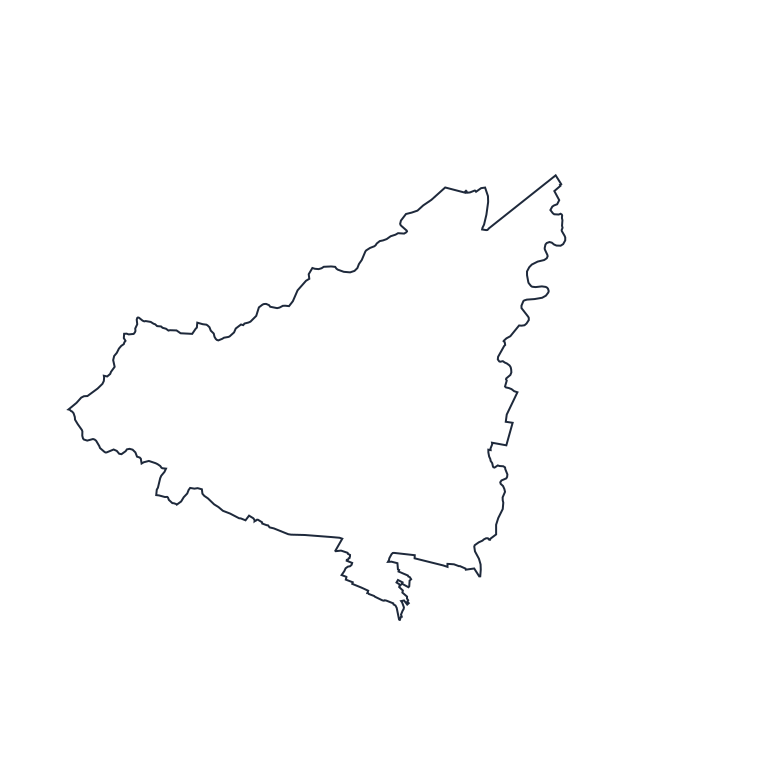 Dragutesti, Gorj, Romania (Equal Earth projection), rotated 140°
{"feature_id": "2599482B69401383147703", "entity_name": "Dragutesti", "entity_type": "district", "adm_level": 2, "iso_a3": "ROU", "parent_name": "Romania", "parent_adm1": "Gorj", "projection": "equal_earth", "projection_center": [23.244, 44.958], "detail": "fine", "context": "isolated", "style": "outline", "palette": "slate", "viewbox_px": 768, "rotation_deg": 140, "n_neighbors": 0, "source": "geoboundaries", "source_scale": "gbopen_adm2", "svg_char_len": 6142}
<svg xmlns="http://www.w3.org/2000/svg" viewBox="0 0 768 768"><g transform="rotate(140 384 384)"><path d="M642.1,567.3L641.3,566.2L641.1,564.4L640.6,563.3L640.6,561.1L642.1,557.4L643.6,555.3L644.4,550.2L645.0,543.0L645.5,541.6L648.4,538.3L649.6,535.7L649.6,534.4L647.7,531.4L642.3,528.9L641.4,527.5L641.0,525.6L642.0,519.5L642.7,517.5L641.8,511.8L641.4,510.6L640.5,509.9L633.2,507.6L631.7,504.5L631.7,500.8L630.2,499.0L625.1,498.6L623.0,499.2L620.6,497.9L618.8,495.3L618.4,491.4L619.9,487.1L618.4,484.7L618.3,483.1L620.8,478.9L618.4,478.5L613.6,476.2L609.9,470.2L609.0,468.2L608.1,465.0L608.3,463.0L608.0,462.0L605.4,459.3L608.6,457.8L613.6,456.9L616.0,455.7L623.8,449.9L626.0,449.1L629.9,445.3L628.0,443.3L624.5,438.3L622.6,436.8L622.5,435.8L623.3,433.5L622.7,428.8L621.6,427.7L620.3,425.5L620.3,424.8L614.9,424.4L610.2,426.0L605.1,426.6L601.8,428.4L599.3,429.0L596.5,425.7L593.7,424.0L591.2,420.4L593.6,416.7L593.6,413.9L592.4,409.5L591.5,401.0L589.9,396.1L588.9,390.4L585.2,383.7L581.3,374.3L580.1,373.1L577.7,368.6L572.0,369.9L570.4,365.1L570.6,363.0L571.4,362.1L570.7,362.1L570.3,361.7L568.5,361.7L567.8,361.0L566.3,356.4L567.0,355.4L564.6,351.2L563.7,350.3L563.8,347.7L561.2,344.2L553.9,330.5L552.0,328.3L541.8,319.3L522.5,300.4L516.9,294.8L515.4,292.3L528.5,287.5L528.5,287.0L524.0,284.0L520.4,278.1L520.8,277.1L519.9,274.9L521.0,273.7L522.4,272.8L523.1,273.2L524.6,272.6L525.5,273.2L526.2,272.6L523.4,267.4L525.1,266.3L527.1,266.2L529.1,267.3L531.9,267.5L534.6,266.2L539.3,264.9L536.9,260.7L536.8,260.3L539.0,258.7L535.4,252.2L536.8,251.3L532.2,242.6L529.0,235.8L530.9,234.7L530.5,234.5L530.7,233.1L527.8,227.9L527.7,226.9L524.3,219.3L523.3,218.0L522.5,217.9L521.4,216.5L517.9,210.0L518.4,209.0L517.6,207.0L518.2,204.3L523.8,194.0L523.8,193.4L523.5,193.1L520.9,194.7L520.0,194.3L519.2,196.4L515.6,198.3L513.6,199.0L512.3,200.1L510.5,205.1L510.4,206.7L507.8,205.3L508.0,200.1L505.9,200.2L506.0,202.3L504.5,202.8L504.3,204.9L503.0,206.3L504.0,212.4L502.3,213.7L502.9,218.7L501.4,219.8L501.1,219.2L500.5,219.3L502.0,223.9L499.3,224.9L497.3,220.1L498.5,219.6L498.4,219.0L495.9,212.6L494.7,212.8L490.8,216.9L488.7,217.0L488.4,219.5L489.1,221.0L488.8,221.9L493.4,231.0L492.0,231.8L492.5,233.0L488.9,238.1L492.5,243.1L495.3,245.2L493.4,245.9L491.9,247.1L487.6,248.8L485.9,248.9L484.9,248.2L470.5,233.1L472.6,230.8L455.3,207.0L452.9,203.1L451.0,205.4L449.8,204.3L446.3,200.9L443.7,196.3L442.9,195.7L440.2,190.2L440.7,189.2L433.5,184.7L434.7,175.4L433.9,174.8L429.2,179.6L426.0,183.7L423.6,189.1L421.9,197.3L419.4,201.4L418.1,202.2L413.2,201.8L409.2,200.7L407.6,200.8L404.9,200.2L403.6,199.1L403.5,197.0L402.8,196.5L402.1,197.1L394.8,196.7L388.6,204.1L382.6,207.9L373.4,211.9L368.9,216.4L367.8,218.6L366.0,220.9L360.6,223.6L359.3,226.2L358.4,229.3L358.8,232.5L358.1,234.0L356.0,234.6L351.0,233.1L349.4,233.7L347.6,235.4L345.8,240.8L344.9,242.3L345.5,244.3L348.3,247.0L349.2,248.5L353.0,248.9L353.7,249.9L353.5,250.9L352.0,253.8L351.7,256.6L350.8,258.2L350.1,260.8L348.1,264.4L346.3,266.6L344.8,264.8L343.9,266.1L339.8,268.3L339.0,269.6L329.7,258.4L310.4,271.6L315.0,276.8L309.6,281.7L287.1,291.9L288.9,294.8L289.6,298.1L291.0,300.7L292.8,303.0L292.9,304.3L287.8,307.7L287.5,309.2L286.7,309.7L281.4,309.7L279.0,311.0L277.3,313.3L276.2,315.4L275.9,317.5L276.7,320.8L277.7,322.8L278.3,325.1L280.7,326.4L281.2,327.3L281.0,329.7L279.1,331.5L267.5,335.9L266.1,336.0L264.6,338.5L264.9,339.9L264.6,340.1L260.9,340.3L256.5,339.4L242.9,342.0L241.2,340.3L238.6,338.7L236.0,338.7L232.0,339.9L230.6,341.6L230.3,342.8L229.9,353.7L228.4,355.6L224.0,357.9L222.9,357.9L220.3,356.8L214.1,352.3L207.4,348.4L203.2,347.6L199.3,348.5L198.1,349.3L197.2,351.4L197.1,352.8L197.7,354.4L200.3,357.3L205.6,360.8L208.0,363.3L208.4,364.7L208.3,368.4L207.9,369.4L204.5,375.4L202.1,378.3L197.7,380.1L194.0,380.5L187.6,379.0L181.6,376.0L178.5,375.7L176.5,376.7L175.9,377.8L174.3,383.7L173.6,384.8L170.6,387.1L168.7,387.4L166.0,386.4L164.6,384.4L164.1,381.6L162.9,379.2L159.8,376.4L156.8,376.0L152.9,377.5L151.0,379.7L150.4,381.5L149.5,386.8L149.0,387.7L146.8,388.9L145.9,390.8L142.0,394.8L141.0,396.8L139.2,398.6L138.9,399.5L139.3,400.9L141.2,401.5L144.5,404.6L144.9,406.3L144.7,410.3L141.1,411.7L139.0,411.5L135.8,410.4L131.6,412.2L129.5,422.3L121.4,422.4L121.2,423.4L119.8,423.2L118.4,433.5L203.4,435.8L205.7,435.5L206.8,436.2L209.5,439.3L208.1,440.4L204.9,441.8L196.7,447.9L187.2,456.5L183.6,461.1L180.3,469.5L183.7,471.6L189.9,472.1L189.8,473.4L190.2,473.9L195.0,475.5L197.1,476.9L197.3,477.5L196.9,478.4L197.0,479.3L198.3,479.2L198.8,478.3L210.8,495.2L229.3,494.6L239.2,495.6L246.9,495.3L252.6,497.5L257.9,500.1L266.0,498.3L268.7,496.3L269.2,494.7L268.0,486.9L268.3,486.1L269.7,485.9L271.9,486.3L276.3,490.5L279.2,491.0L283.9,492.9L288.8,493.3L292.4,494.6L295.4,496.2L299.3,496.3L301.1,495.7L302.8,495.7L307.2,497.2L311.8,497.8L313.1,497.5L321.3,493.3L326.1,492.0L329.9,489.9L333.9,489.6L338.2,491.3L342.7,495.8L345.9,501.3L346.3,502.9L346.1,505.1L348.9,508.0L354.8,512.5L357.4,512.8L360.2,514.0L362.9,516.7L364.3,518.9L371.1,516.5L373.6,512.6L377.4,513.2L390.0,511.3L400.6,506.0L406.7,504.7L409.3,507.4L411.2,508.9L414.9,509.7L417.1,510.8L421.5,516.3L421.4,518.3L422.8,521.1L424.5,522.4L426.0,522.9L430.6,523.1L438.1,518.3L446.2,517.6L448.3,518.2L452.0,520.0L454.0,519.6L455.3,521.5L461.9,521.8L465.7,519.9L471.7,519.7L473.0,520.1L476.8,522.3L478.9,522.6L482.9,523.9L483.7,525.2L483.9,526.7L483.5,529.1L482.0,532.1L482.4,536.2L481.2,539.7L481.5,542.3L481.9,543.6L484.4,546.3L487.6,551.0L491.1,547.5L492.7,547.4L498.7,545.7L507.2,553.6L508.5,558.4L513.4,562.8L514.8,563.5L515.5,566.5L517.5,569.4L517.8,571.4L520.6,574.2L520.9,576.8L521.8,578.3L522.8,581.5L526.1,585.4L527.4,586.1L528.2,587.7L529.1,592.2L529.7,593.1L530.6,593.2L532.1,592.2L534.6,588.4L538.9,586.4L540.3,584.4L541.6,583.7L543.6,583.3L547.7,586.1L548.8,588.0L550.8,589.5L553.8,586.4L554.3,583.2L556.2,582.8L557.7,581.8L560.8,582.1L564.3,581.5L568.7,579.6L572.7,578.9L576.1,576.4L579.3,570.3L585.3,568.8L587.3,567.7L591.2,567.7L593.3,570.4L594.3,568.8L596.7,566.4L599.6,565.1L606.3,564.6L618.9,565.4L621.7,567.5L624.7,568.2L631.7,567.2L642.1,567.3Z" fill="none" stroke="#1e293b" stroke-width="2"/></g></svg>